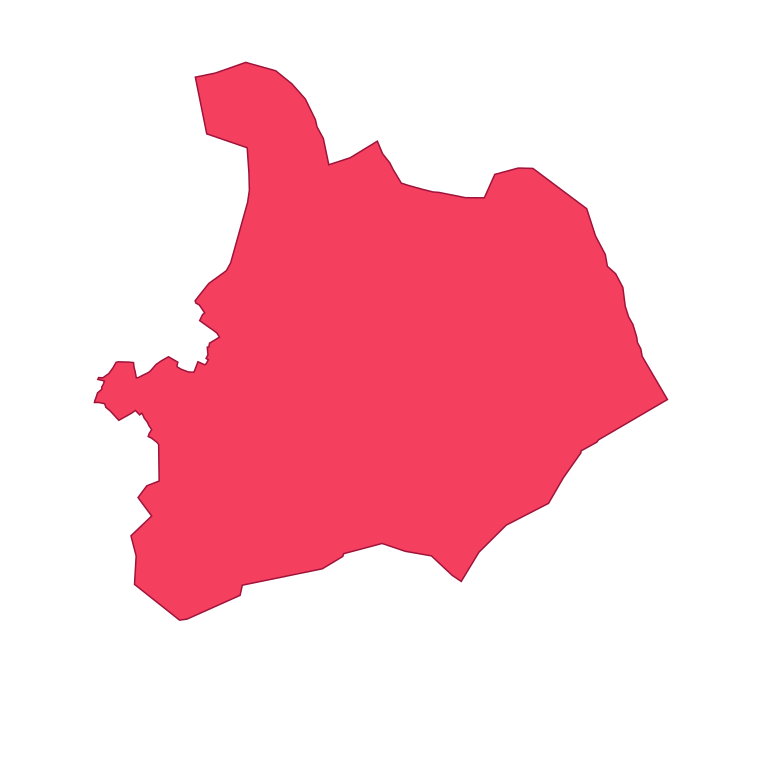 Ife Central, Osun, Nigeria, rotated 104°
{"feature_id": "59680162B28710912427622", "entity_name": "Ife Central", "entity_type": "district", "adm_level": 2, "iso_a3": "NGA", "parent_name": "Nigeria", "parent_adm1": "Osun", "projection": "mercator", "projection_center": [4.539, 7.542], "detail": "fine", "context": "isolated", "style": "filled", "palette": "rose", "viewbox_px": 768, "rotation_deg": 104, "n_neighbors": 0, "source": "geoboundaries", "source_scale": "gbopen_adm2", "svg_char_len": 1983}
<svg xmlns="http://www.w3.org/2000/svg" viewBox="0 0 768 768"><g transform="rotate(104 384 384)"><path d="M131.9,641.3L184.2,616.5L187.9,573.9L212.3,566.0L228.6,561.5L240.8,560.3L303.6,562.1L312.2,564.4L328.8,578.3L343.0,584.8L349.0,587.4L351.0,586.1L352.0,582.3L358.4,575.2L360.7,576.9L367.1,578.2L371.5,567.1L373.1,562.8L374.9,558.6L378.3,555.0L386.6,563.2L390.3,562.9L391.0,564.4L398.2,561.9L402.3,562.8L403.0,560.3L407.8,561.6L408.7,562.7L407.4,569.9L418.2,571.2L418.9,572.8L419.6,576.8L418.8,584.1L417.5,588.5L416.6,589.3L412.7,589.3L409.7,599.7L415.3,605.6L420.2,609.9L427.3,613.5L429.8,615.3L433.8,620.1L437.2,623.9L438.0,625.8L432.2,628.4L428.4,630.5L423.8,632.2L424.5,637.0L426.8,647.3L427.8,649.2L433.9,650.9L440.4,653.5L446.0,658.3L446.8,662.5L448.8,662.8L448.7,656.1L451.9,656.2L455.2,657.2L457.3,656.5L461.9,659.8L467.4,660.2L469.7,660.5L472.0,660.5L470.9,656.0L470.7,650.3L472.7,649.0L473.9,648.3L476.3,643.3L483.4,632.5L473.6,622.1L469.8,618.8L473.1,613.6L471.0,612.0L472.2,610.6L475.0,608.5L478.3,604.4L481.5,601.8L484.5,598.4L488.7,599.8L492.0,600.1L492.8,596.4L495.6,590.1L497.3,588.0L532.5,578.7L540.1,589.5L553.7,595.2L568.3,577.5L592.5,592.8L610.8,582.9L638.8,577.6L662.6,525.2L659.8,518.3L624.1,472.8L623.8,472.5L613.5,472.8L578.2,399.1L561.3,382.3L558.4,382.1L539.2,347.3L541.2,322.9L539.3,296.4L553.2,271.5L556.9,261.3L524.3,251.2L491.4,231.3L460.0,195.5L431.3,187.2L403.2,176.3L401.2,176.6L389.0,163.5L386.3,162.4L330.5,105.2L294.7,140.2L287.8,143.3L282.5,148.1L277.4,150.1L266.0,156.9L259.8,162.8L250.3,168.7L232.5,175.6L221.0,185.9L215.8,195.7L204.8,200.6L189.2,214.6L164.9,229.7L138.8,291.7L141.4,303.5L142.1,306.2L153.8,327.2L179.1,331.7L183.5,350.0L184.8,377.0L185.8,382.9L185.8,394.0L185.4,408.7L184.9,415.8L173.6,427.1L168.1,431.8L160.9,441.1L150.0,449.2L172.7,471.6L184.6,490.6L160.4,502.3L150.7,511.2L144.1,514.5L126.5,529.3L115.1,545.9L106.3,564.8L105.4,596.0L123.1,622.9L131.9,641.3Z" fill="#f43f5e" stroke="#9f1239" stroke-width="1.5"/></g></svg>